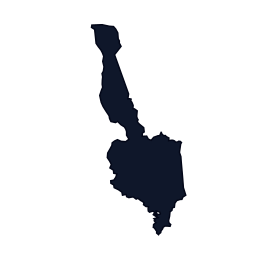 the district of Agios Theodoros Tillrias, Nicosia, Cyprus, rotated 146°
{"feature_id": "46923920B30887699565721", "entity_name": "Agios Theodoros Tillrias", "entity_type": "district", "adm_level": 2, "iso_a3": "CYP", "parent_name": "Cyprus", "parent_adm1": "Nicosia", "projection": "albers", "projection_center": [32.636, 35.157], "detail": "fine", "context": "isolated", "style": "filled", "palette": "ink", "viewbox_px": 256, "rotation_deg": 146, "n_neighbors": 0, "source": "geoboundaries", "source_scale": "gbopen_adm2", "svg_char_len": 2249}
<svg xmlns="http://www.w3.org/2000/svg" viewBox="0 0 256 256"><g transform="rotate(146 128 128)"><path d="M162.3,22.5L161.8,22.8L159.4,23.0L158.2,24.2L155.4,25.2L155.0,26.0L152.3,26.1L150.1,24.6L148.1,23.0L146.6,24.1L147.1,26.2L146.4,28.3L142.9,31.6L140.1,35.0L137.6,35.2L135.9,37.0L133.9,36.4L131.3,39.4L128.2,40.6L124.9,39.7L123.2,38.7L121.1,40.1L117.7,40.0L115.5,47.5L110.0,57.2L102.3,71.1L100.2,74.7L99.0,79.0L93.4,85.2L91.8,86.1L92.3,87.8L93.5,88.7L95.1,88.7L96.6,90.0L96.6,91.1L97.3,92.3L98.2,93.2L100.3,94.3L101.4,94.8L99.7,96.9L101.0,99.3L101.3,100.9L102.8,101.7L103.3,104.8L102.5,106.2L106.0,103.9L107.5,104.8L111.9,105.9L115.7,104.8L117.4,107.4L117.1,110.8L120.9,113.2L118.9,115.8L116.8,115.7L114.8,119.5L116.4,124.7L116.8,127.1L116.3,128.7L115.1,129.1L115.0,130.8L114.3,132.8L110.8,137.1L112.0,140.3L113.2,141.2L111.1,143.9L110.4,147.2L110.6,148.9L109.3,150.2L110.2,151.3L111.8,152.3L108.5,155.9L98.2,196.3L88.1,199.6L87.7,203.4L86.5,205.0L86.3,207.4L83.3,212.6L82.9,216.9L83.3,220.2L86.6,222.8L91.7,228.1L100.4,233.5L102.0,231.8L100.5,228.4L104.2,221.4L107.1,216.0L107.1,211.9L106.8,208.0L107.1,204.9L108.0,201.0L111.7,197.3L113.6,192.2L116.7,188.8L119.1,187.6L120.4,184.5L122.3,182.3L125.0,178.6L126.2,175.9L128.8,174.2L133.2,170.8L135.8,164.3L136.6,159.7L136.8,153.8L136.8,148.7L138.0,146.1L138.5,142.9L135.3,139.5L132.9,139.3L132.0,134.7L130.3,130.8L130.5,128.1L131.2,125.7L133.2,122.8L133.4,118.2L137.5,117.9L141.2,120.8L143.3,124.2L146.5,124.7L149.4,124.5L151.1,122.5L154.7,120.6L158.8,118.6L161.7,115.0L161.7,110.6L162.2,107.0L165.3,105.0L163.6,101.2L165.1,98.5L162.9,96.1L165.8,93.9L168.9,92.7L171.8,93.9L173.1,91.7L171.6,88.8L172.8,86.3L170.4,82.2L168.9,78.3L170.1,75.4L166.7,74.0L167.5,71.8L166.2,69.8L163.6,68.7L162.1,67.9L161.0,64.5L159.1,64.2L158.0,60.8L157.0,58.8L156.6,57.1L158.0,55.7L157.0,52.9L155.1,51.3L156.5,49.8L157.6,47.8L157.2,46.2L153.8,45.2L152.9,42.7L153.3,41.1L153.3,40.5L151.8,41.0L151.2,43.5L150.5,43.1L148.7,40.4L148.9,39.1L149.5,38.6L152.1,39.8L152.9,39.0L154.3,42.5L155.5,42.0L154.3,39.1L153.6,38.1L153.3,36.9L157.2,38.3L157.0,37.0L157.3,36.2L158.1,36.3L157.9,33.9L160.7,33.7L162.6,31.4L162.0,30.6L162.0,27.3L161.9,26.3L163.0,24.9L162.3,22.5Z" fill="#0f172a" stroke="#020617" stroke-width="1.5"/></g></svg>